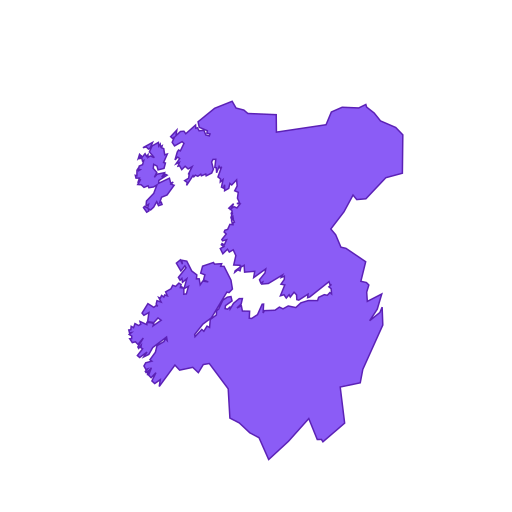 Kristiansand nor, Vest-Agder, Norway (Robinson projection), rotated 113°
{"feature_id": "86288312B34972554267052", "entity_name": "Kristiansand nor", "entity_type": "district", "adm_level": 2, "iso_a3": "NOR", "parent_name": "Norway", "parent_adm1": "Vest-Agder", "projection": "robinson", "projection_center": [8.031, 58.172], "detail": "fine", "context": "isolated", "style": "filled", "palette": "violet", "viewbox_px": 512, "rotation_deg": 113, "n_neighbors": 0, "source": "geoboundaries", "source_scale": "gbopen_adm2", "svg_char_len": 6163}
<svg xmlns="http://www.w3.org/2000/svg" viewBox="0 0 512 512"><g transform="rotate(113 256 256)"><path d="M438.4,164.8L413.8,153.7L385.0,143.9L401.0,127.9L399.3,124.1L400.9,121.8L375.2,109.1L343.7,127.3L332.0,110.5L318.6,113.4L270.0,112.3L253.8,119.9L259.6,119.9L271.2,126.1L257.6,123.6L241.8,125.4L254.3,135.8L246.0,140.0L238.6,140.8L237.3,144.0L238.3,149.6L218.4,152.8L213.8,176.2L214.7,181.3L205.3,191.0L201.9,197.7L181.0,192.3L162.0,190.5L164.7,185.3L160.4,177.2L133.2,167.1L122.6,153.6L87.1,168.2L83.1,177.6L83.0,194.2L78.2,203.1L75.7,212.4L73.6,214.1L79.6,219.3L85.4,234.8L94.0,242.9L107.8,242.8L134.0,285.6L118.0,292.6L128.0,319.2L126.4,324.2L127.6,332.2L122.9,338.4L136.2,351.8L155.1,361.8L159.7,358.5L159.7,349.7L162.1,349.2L161.6,346.0L163.7,345.9L164.2,349.5L160.7,353.1L163.0,357.3L160.9,360.0L161.9,361.3L159.1,362.8L170.9,368.4L169.3,371.1L170.9,374.2L176.6,376.7L171.0,378.1L179.5,381.2L180.5,378.4L177.8,377.5L184.1,377.6L186.5,374.0L179.6,368.7L180.5,366.3L188.8,366.7L188.7,368.7L191.0,369.1L199.2,368.1L195.5,366.7L196.2,364.3L202.4,365.6L199.7,363.1L203.8,362.9L202.8,361.6L205.5,358.1L201.1,356.3L202.4,352.5L198.7,349.7L207.4,350.2L206.4,349.6L210.7,348.4L214.5,351.1L215.2,348.0L218.1,347.5L206.6,345.4L207.4,344.2L205.3,343.4L205.3,340.7L202.3,338.8L203.5,337.6L200.2,334.3L201.7,333.2L197.0,329.2L192.8,329.1L186.8,333.6L183.9,333.4L182.7,330.8L190.6,328.5L190.3,327.0L194.8,324.8L187.9,325.0L189.2,323.3L187.3,322.5L198.1,321.9L198.9,318.8L201.8,317.8L198.6,316.2L206.1,314.7L206.2,312.6L202.7,312.7L208.2,310.4L204.4,307.5L199.4,308.4L200.1,306.1L193.5,303.6L198.9,300.7L204.3,301.1L204.3,297.2L210.0,295.7L213.4,292.0L215.2,294.1L214.3,291.0L219.2,292.3L219.2,295.4L221.9,297.3L216.6,297.1L222.6,299.7L223.5,296.0L224.6,295.3L225.9,295.5L226.7,295.4L227.0,295.0L225.5,295.0L225.8,294.4L230.4,294.1L231.4,293.2L228.7,292.7L230.2,291.7L230.3,292.5L230.8,292.1L231.6,292.5L233.8,292.2L232.1,292.1L231.2,291.4L233.3,289.1L235.1,290.6L233.2,292.0L235.4,290.6L234.8,290.0L236.2,289.4L237.1,292.4L242.6,292.5L244.4,294.7L246.4,294.7L247.4,292.0L254.2,293.9L255.1,292.7L252.5,289.4L258.1,289.5L257.8,292.1L259.2,292.3L259.9,289.2L263.1,291.8L266.9,287.4L260.9,284.9L262.8,282.1L259.2,279.4L263.5,274.7L273.0,273.0L270.8,267.1L272.0,266.4L270.6,266.0L271.8,265.9L277.8,269.4L279.3,269.2L275.8,267.3L275.9,264.9L272.1,265.5L269.2,263.3L275.3,260.2L270.6,251.2L276.8,249.7L264.1,242.0L268.1,241.1L276.5,243.5L279.0,241.0L277.4,239.7L279.5,239.6L276.5,233.9L263.1,224.2L265.9,224.4L263.5,222.0L266.5,220.8L272.2,222.0L271.4,218.2L283.1,218.0L280.7,215.1L282.9,211.7L278.7,210.4L280.4,208.4L274.5,206.8L275.9,203.5L280.2,201.4L279.9,199.4L270.8,193.2L274.2,192.2L272.7,190.5L251.1,178.8L253.7,176.5L252.7,175.4L255.9,176.9L256.7,174.1L261.4,171.6L260.8,173.7L264.3,175.0L264.9,178.0L269.6,182.2L273.0,181.9L276.6,190.5L281.6,196.4L287.9,199.2L289.4,206.8L294.1,210.5L293.9,214.5L298.5,217.3L303.0,226.9L305.7,227.2L297.3,230.2L298.0,231.5L309.4,231.7L315.2,235.6L315.9,237.9L309.3,240.3L312.0,247.0L307.6,250.0L311.3,253.2L306.0,250.9L300.5,251.9L301.8,254.8L308.3,258.2L315.0,259.1L313.4,260.1L316.1,261.4L316.5,263.9L313.6,264.7L306.7,260.5L303.1,263.2L305.1,266.3L309.6,269.3L319.5,269.6L321.7,270.9L325.8,269.4L332.3,273.3L339.9,270.8L339.7,273.7L345.7,274.6L344.8,277.2L354.1,280.6L352.2,281.8L339.5,278.3L330.3,272.9L300.6,268.7L300.2,266.5L295.6,264.8L288.0,269.6L278.0,281.4L279.3,284.5L276.5,284.6L279.7,291.0L278.6,292.6L286.2,301.2L293.4,300.2L293.3,295.7L298.6,294.9L298.5,289.8L299.9,295.2L304.3,296.1L299.2,299.4L300.3,301.9L296.5,303.1L294.9,309.3L287.8,317.7L288.9,322.7L292.3,320.5L289.1,324.1L293.7,326.5L299.1,319.3L292.9,317.6L294.2,315.8L306.0,319.1L308.0,316.4L305.6,315.5L308.9,313.4L304.0,310.8L314.2,309.5L310.3,306.3L318.1,305.3L319.4,307.5L314.1,309.7L313.3,312.8L314.2,311.4L314.7,313.3L311.5,313.8L311.1,316.4L315.4,318.1L315.5,321.2L319.5,321.5L324.3,325.2L327.3,322.0L327.5,324.8L329.8,324.8L329.2,327.5L332.2,327.6L332.2,329.3L335.5,325.3L335.8,329.7L339.3,329.1L340.7,326.8L340.5,328.5L343.2,330.0L342.1,336.9L353.1,338.6L354.4,336.0L349.9,332.5L358.7,330.1L357.2,324.1L351.3,322.0L352.2,318.2L360.5,323.4L358.4,323.6L358.3,326.1L359.8,330.5L361.8,329.7L361.6,337.2L363.9,335.4L365.9,337.0L365.5,341.0L369.8,340.7L369.5,343.4L372.8,342.4L373.8,344.2L376.2,342.4L375.1,340.7L377.8,342.1L378.2,339.1L380.6,338.2L381.5,339.9L384.1,336.0L382.1,333.5L383.5,330.1L375.5,327.7L385.9,329.2L386.9,327.9L383.0,326.8L385.4,326.2L385.7,324.1L394.0,326.3L394.9,323.4L387.0,318.8L392.7,319.9L388.5,316.2L380.6,315.3L365.5,306.7L368.5,304.8L367.5,307.1L370.7,307.2L377.2,312.1L383.9,311.0L392.9,313.1L393.5,310.8L397.4,315.8L401.0,316.2L403.5,313.0L402.4,311.8L405.5,312.8L406.2,311.7L404.6,310.7L408.2,309.3L404.3,310.0L399.7,308.6L407.6,308.3L409.0,305.0L402.5,302.5L411.7,303.0L413.0,299.4L407.2,295.8L413.9,294.1L388.1,288.0L390.9,281.7L383.2,270.7L385.9,263.5L376.5,262.1L373.2,257.0L389.1,229.7L415.4,216.7L416.2,206.1L421.2,192.6L422.1,182.2L438.4,164.8ZM234.6,361.7L222.9,359.0L223.1,362.3L220.3,361.1L222.4,362.9L218.2,366.1L227.1,374.0L224.4,375.0L216.3,369.4L216.1,371.9L218.2,372.1L220.3,373.6L215.1,372.8L219.3,379.0L223.3,380.3L217.8,380.0L215.5,384.8L211.6,386.0L211.9,382.3L215.0,379.8L211.3,374.9L205.8,375.7L206.1,377.6L196.8,377.5L198.5,379.6L193.2,382.9L193.3,385.2L191.2,385.5L192.7,386.6L190.4,387.9L192.8,388.5L189.6,390.2L196.5,395.6L191.9,395.6L200.5,402.4L198.5,399.6L199.6,396.8L197.1,394.7L201.8,394.8L205.2,388.0L205.2,392.4L207.5,394.0L204.9,395.0L207.1,395.7L205.2,398.1L209.4,399.3L207.9,402.9L212.5,402.4L209.7,400.9L211.5,400.7L210.6,399.4L212.9,397.6L211.9,396.7L216.2,396.1L218.8,398.6L222.2,398.2L221.8,396.3L223.4,397.4L221.9,398.8L223.5,399.1L228.7,397.0L228.9,398.6L231.2,396.9L229.8,393.7L233.0,393.5L230.4,392.1L236.4,392.8L235.3,389.5L236.6,385.9L233.5,382.8L235.0,381.3L232.5,377.3L229.3,375.0L238.3,374.6L248.2,378.3L252.9,376.8L250.4,375.1L254.2,374.5L253.9,378.0L255.4,378.5L258.4,373.7L256.3,372.2L254.6,373.6L254.8,371.0L251.1,369.3L244.8,368.6L247.8,365.4L245.3,362.6L243.5,364.2L244.8,365.5L238.8,365.9L234.6,361.7Z" fill="#8b5cf6" stroke="#5b21b6" stroke-width="1.5"/></g></svg>